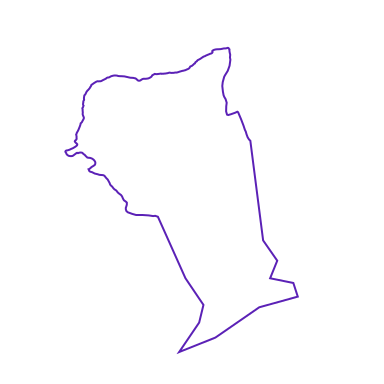 the district of Barre St Joseph, Anse-la-Raye, Saint Lucia, rotated 64°
{"feature_id": "8701671B21993534180379", "entity_name": "Barre St Joseph", "entity_type": "district", "adm_level": 2, "iso_a3": "LCA", "parent_name": "Saint Lucia", "parent_adm1": "Anse-la-Raye", "projection": "equal_earth", "projection_center": [-61.026, 13.973], "detail": "fine", "context": "isolated", "style": "outline", "palette": "violet", "viewbox_px": 384, "rotation_deg": 64, "n_neighbors": 0, "source": "geoboundaries", "source_scale": "gbopen_adm2", "svg_char_len": 5649}
<svg xmlns="http://www.w3.org/2000/svg" viewBox="0 0 384 384"><g transform="rotate(64 192 192)"><path d="M80.2,95.8L79.6,96.0L79.1,96.1L78.8,96.1L78.6,96.1L78.2,96.5L78.0,97.0L78.0,97.4L77.8,98.5L77.3,99.6L77.1,100.1L76.9,100.5L76.7,101.3L76.6,101.9L76.4,102.5L76.3,103.0L76.2,103.4L76.1,103.7L75.6,104.9L75.1,106.1L74.7,106.9L74.5,107.5L74.3,108.0L74.1,108.8L74.0,109.4L73.9,109.8L73.9,110.6L73.9,111.0L74.0,111.7L74.1,111.9L74.3,112.1L74.5,112.1L75.0,112.1L75.4,112.3L75.8,112.9L75.9,113.6L75.9,113.9L75.9,114.4L75.8,114.7L75.7,115.1L75.7,115.8L75.7,116.4L75.6,117.1L75.6,117.8L75.5,119.0L75.5,119.5L75.5,120.3L75.6,120.7L75.5,121.4L75.4,122.1L75.4,122.5L75.4,122.9L75.6,123.3L75.6,124.1L75.7,124.8L75.9,125.7L76.0,127.2L76.0,128.3L76.0,129.1L76.3,129.9L76.5,130.1L76.6,130.3L76.7,130.9L76.8,131.8L77.0,132.2L77.1,132.4L77.4,132.6L77.7,133.0L77.7,133.4L77.7,133.7L77.8,134.2L78.2,135.1L78.2,135.3L78.3,135.8L78.6,136.9L78.5,138.0L78.4,138.3L78.6,138.8L78.8,139.0L79.0,139.3L79.3,139.8L79.6,140.5L79.7,141.6L79.7,141.9L79.6,143.0L79.6,144.5L79.5,144.9L79.5,145.1L79.4,145.4L79.2,146.6L79.0,147.1L79.0,147.3L78.9,147.6L78.8,148.1L78.7,148.6L78.6,149.4L78.4,150.3L78.3,151.2L78.3,151.4L78.2,152.0L78.0,153.0L78.0,153.3L77.8,153.6L77.6,154.0L77.4,154.4L77.2,155.0L77.0,155.7L76.9,156.1L76.6,156.9L76.3,157.5L76.1,158.0L75.7,158.7L75.3,159.2L75.0,159.7L74.8,160.0L74.7,160.7L74.6,161.0L74.5,161.9L74.1,163.1L74.0,163.6L73.8,164.1L73.6,164.7L73.4,165.0L73.3,165.3L73.2,165.8L72.9,166.4L72.6,167.0L72.4,167.6L72.2,167.7L72.0,168.0L71.9,168.2L71.7,168.8L71.6,169.1L71.4,169.8L71.3,170.1L71.2,170.3L71.1,170.6L71.0,171.1L70.8,171.4L70.7,171.9L70.6,172.1L70.3,172.7L70.1,172.9L70.0,173.1L69.8,173.3L69.5,173.8L69.6,174.4L69.6,174.9L69.7,176.6L70.2,177.3L70.6,178.0L70.8,179.6L70.8,180.4L70.8,181.2L70.6,182.0L70.5,182.4L69.9,184.1L69.7,184.5L69.5,185.0L69.2,185.4L68.9,186.3L68.8,187.0L68.8,187.3L68.9,188.6L69.0,188.8L69.1,189.5L69.0,190.1L68.8,190.8L68.6,191.1L68.2,191.6L67.5,191.9L66.9,192.2L66.4,192.4L66.1,192.4L65.6,192.7L65.0,193.1L64.6,193.7L63.8,194.6L63.5,195.1L62.2,197.4L61.1,198.8L60.5,199.5L59.4,200.9L58.5,202.0L58.1,202.7L57.2,204.3L56.5,205.6L55.9,206.7L55.3,207.6L54.5,208.4L53.4,210.3L52.9,211.8L52.5,213.9L52.6,215.9L52.6,216.5L52.1,217.8L52.1,218.8L52.4,219.7L52.4,223.5L52.5,224.6L52.4,225.5L51.6,227.4L51.0,228.5L50.9,229.9L51.2,232.7L51.5,234.3L51.6,235.4L52.5,236.4L52.8,236.7L52.9,236.9L53.1,237.5L53.4,237.8L53.8,238.4L54.5,239.9L54.7,240.5L54.9,240.9L55.0,241.5L55.2,241.8L55.3,242.0L55.6,242.7L55.9,243.1L56.4,243.7L56.6,244.0L57.2,244.7L57.6,245.3L57.8,246.0L58.0,246.4L58.4,246.7L58.5,246.8L59.1,247.2L59.8,247.7L60.4,248.0L60.9,248.3L61.3,248.4L61.7,248.5L62.1,248.8L62.2,249.1L62.4,249.4L62.7,249.7L63.2,250.1L63.4,250.3L63.6,250.4L63.8,250.4L63.9,250.5L64.9,251.2L65.2,251.4L65.7,251.6L66.1,251.7L66.4,251.7L66.8,251.6L67.4,252.2L67.9,252.7L68.3,253.2L68.5,253.5L68.6,253.8L69.1,254.0L69.9,254.1L70.4,254.4L70.9,254.6L71.6,254.9L72.5,255.2L73.3,255.7L74.5,256.3L75.7,256.4L76.6,256.5L77.3,256.5L78.0,256.7L78.2,256.8L78.9,257.5L79.4,258.2L79.8,258.8L80.4,259.6L81.0,260.4L81.3,261.3L81.4,261.5L81.5,262.0L82.5,262.7L82.6,262.8L83.7,263.9L84.9,265.2L85.4,265.8L86.0,266.4L87.1,267.8L87.6,268.5L88.2,269.5L88.8,270.0L89.1,270.3L89.5,270.9L90.0,271.0L91.0,271.3L91.7,271.5L93.0,272.2L93.7,272.4L94.4,273.5L94.5,274.3L94.7,274.6L94.9,275.0L95.2,275.2L96.0,275.1L97.0,274.8L97.7,274.5L98.3,274.3L98.8,274.2L99.0,274.3L99.3,274.5L99.5,274.7L99.7,275.1L99.9,275.6L100.2,277.2L100.2,277.4L100.4,279.4L100.4,279.9L100.4,280.5L100.3,281.5L100.3,283.3L100.3,283.6L100.1,285.0L99.9,286.0L99.6,286.7L99.7,287.5L99.9,287.7L100.2,288.1L100.8,288.2L101.9,288.0L102.0,288.0L102.5,288.1L103.0,288.1L103.5,288.0L104.0,287.8L104.4,287.6L105.3,287.1L105.7,286.6L106.1,286.1L106.8,284.9L107.1,283.9L107.2,283.7L107.2,282.9L107.1,282.6L107.0,281.9L106.7,280.5L106.7,280.2L106.4,279.0L106.4,278.1L107.1,277.5L107.2,276.5L107.2,276.3L107.4,275.6L107.6,275.0L108.0,274.3L108.1,274.1L108.4,273.7L108.8,273.4L109.0,273.3L109.6,273.1L110.0,273.0L110.5,272.8L111.4,272.2L111.6,272.2L112.1,272.0L112.9,271.8L113.2,271.7L115.1,271.0L115.5,270.5L115.7,270.3L116.2,269.4L116.6,268.8L116.8,268.5L117.3,268.0L118.3,267.1L118.8,266.8L119.3,266.6L119.8,266.3L120.8,266.0L121.4,265.9L122.4,265.8L123.5,266.1L123.9,266.4L124.5,266.8L125.0,267.4L125.2,268.5L125.3,268.8L125.4,269.9L125.5,271.0L125.6,271.7L125.9,272.5L126.1,273.2L126.3,274.3L126.2,275.0L126.3,275.0L127.8,275.1L128.1,275.1L129.1,274.6L129.9,273.7L130.5,273.0L131.5,272.3L132.8,271.3L133.7,270.2L134.7,269.0L135.9,267.8L136.9,266.2L137.5,265.1L138.0,264.4L139.0,263.6L140.4,263.3L142.1,262.9L143.8,262.3L145.7,262.2L147.6,262.1L149.5,262.3L150.7,262.0L152.1,261.4L154.2,261.0L155.7,260.5L156.9,259.7L157.9,259.3L159.5,259.0L160.7,258.6L162.1,257.9L163.6,257.1L165.3,256.8L167.3,256.9L168.3,256.9L169.6,256.8L170.2,256.5L171.2,255.9L172.1,255.5L172.9,255.2L173.2,255.3L174.9,256.2L176.3,257.5L177.3,258.5L178.7,259.1L180.4,259.3L182.1,258.6L185.5,255.3L188.1,252.4L190.9,246.7L194.1,241.1L196.6,237.5L197.3,235.5L199.3,233.5L266.6,235.7L298.5,231.2L312.5,242.8L330.2,273.7L333.1,234.8L325.1,182.1L332.4,142.8L318.2,140.8L303.8,159.6L291.1,145.5L266.7,149.3L171.5,117.1L169.9,117.7L167.2,118.0L164.1,117.7L161.3,117.2L159.3,117.2L154.9,116.6L148.2,116.0L140.5,115.6L139.7,116.1L139.7,118.3L139.2,122.7L138.7,125.7L137.8,126.6L134.5,126.0L129.9,123.6L127.0,121.7L123.3,121.1L120.9,121.3L118.9,121.2L115.3,120.2L110.0,118.3L106.7,116.2L102.6,112.6L101.7,111.4L98.8,106.8L95.0,102.9L89.9,99.5L87.7,98.9L85.4,97.5L83.2,97.0L81.6,96.5L80.2,95.8Z" fill="none" stroke="#5b21b6" stroke-width="2"/></g></svg>